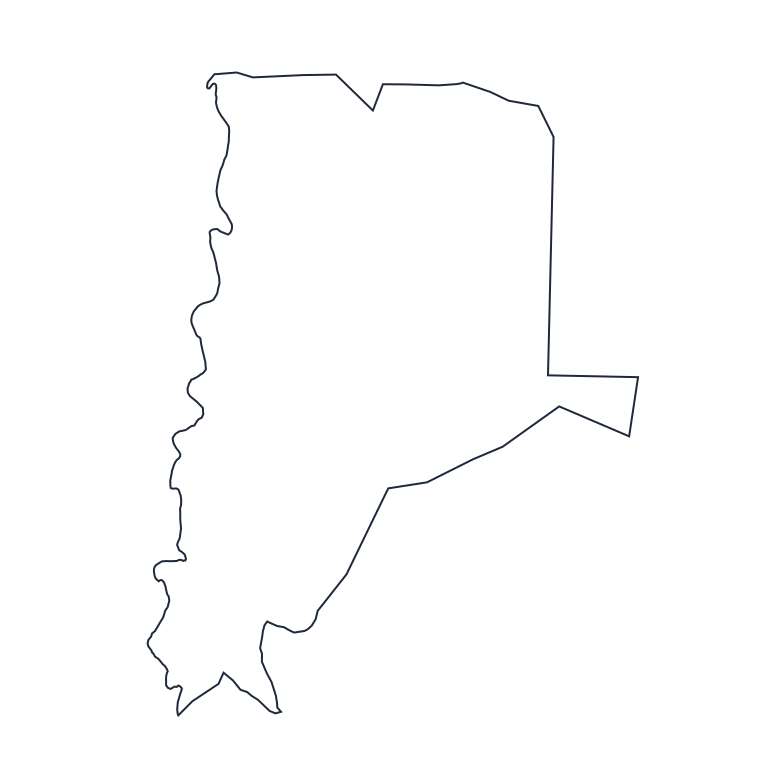 the district of San Baltazar Yatzachi el Bajo, Oaxaca, Mexico, rotated 176°
{"feature_id": "50627088B85859763420371", "entity_name": "San Baltazar Yatzachi el Bajo", "entity_type": "district", "adm_level": 2, "iso_a3": "MEX", "parent_name": "Mexico", "parent_adm1": "Oaxaca", "projection": "equal_earth", "projection_center": [-96.191, 17.225], "detail": "fine", "context": "isolated", "style": "outline", "palette": "slate", "viewbox_px": 768, "rotation_deg": 176, "n_neighbors": 0, "source": "geoboundaries", "source_scale": "gbopen_adm2", "svg_char_len": 4142}
<svg xmlns="http://www.w3.org/2000/svg" viewBox="0 0 768 768"><g transform="rotate(176 384 384)"><path d="M531.6,704.8L536.3,699.8L538.2,697.9L539.3,695.7L539.8,692.4L539.2,691.3L537.7,691.0L535.5,693.4L534.6,694.5L533.5,695.4L532.3,695.5L531.6,695.1L530.8,694.1L530.6,692.1L530.7,690.0L531.1,687.9L531.5,685.9L531.7,684.3L531.1,682.0L531.2,680.3L531.5,678.9L532.0,676.5L531.8,674.9L531.6,673.3L531.0,670.7L530.2,668.0L529.1,665.8L527.7,662.9L523.7,656.6L522.1,653.8L521.0,651.8L520.8,650.2L520.7,647.8L521.5,641.2L522.0,636.4L523.0,632.5L523.6,629.4L525.2,623.0L527.7,618.9L528.8,615.7L530.3,612.2L532.1,609.1L533.8,603.8L535.9,596.5L537.6,588.4L537.5,584.1L536.9,580.3L535.8,575.9L535.0,572.5L531.8,567.6L529.2,564.3L528.2,561.8L527.1,559.2L524.7,554.0L524.6,551.2L525.0,549.1L525.7,547.3L526.9,545.5L528.0,544.7L528.6,544.2L529.6,544.1L531.5,545.1L533.5,546.1L535.4,546.9L536.9,547.9L538.1,548.9L539.4,550.2L541.7,550.3L543.8,550.1L546.1,549.1L547.2,548.0L547.4,546.5L547.2,545.0L547.0,542.7L547.1,540.9L547.3,539.5L547.6,537.9L547.0,533.2L546.5,530.9L545.4,528.3L544.6,524.8L543.9,520.5L543.1,516.3L542.5,509.3L541.2,503.2L541.0,501.3L541.1,495.8L542.8,490.9L544.1,485.9L546.4,482.6L548.3,480.0L551.4,478.6L555.5,477.7L559.0,477.0L562.0,475.8L564.4,474.3L566.4,472.1L568.7,469.7L570.8,465.7L571.7,461.9L571.8,459.0L571.2,456.4L568.5,448.5L567.6,445.9L566.5,444.5L564.5,443.1L563.9,441.7L563.7,437.7L563.4,434.9L562.9,432.0L562.7,430.2L560.7,418.4L560.7,415.0L560.6,411.1L562.3,409.0L563.8,407.5L566.3,406.3L568.2,405.0L570.2,403.9L572.0,403.1L574.1,402.2L576.0,401.8L576.9,399.9L578.1,398.7L578.8,397.0L580.3,393.2L580.3,389.1L578.3,385.3L571.9,379.3L566.4,372.8L566.4,366.4L568.2,363.1L571.4,361.8L573.6,359.4L576.1,355.8L578.9,355.5L585.0,351.9L588.4,351.4L591.2,351.1L593.8,349.8L595.7,348.7L597.0,347.0L598.6,344.9L598.4,341.3L597.5,338.1L595.7,334.5L593.0,330.4L592.1,328.0L592.4,326.0L594.0,324.0L596.1,322.6L597.8,320.4L599.2,317.9L600.5,314.5L601.5,312.3L602.1,309.6L602.8,306.8L603.9,303.0L604.1,299.5L604.2,297.1L604.0,295.5L603.7,294.8L601.7,294.3L600.3,294.3L598.4,294.3L596.6,293.2L595.9,291.4L595.3,289.1L594.6,286.8L594.5,284.1L594.4,281.8L594.9,277.4L596.1,274.0L596.3,268.3L596.6,265.2L596.7,262.4L596.6,256.4L596.5,253.5L596.9,252.5L597.0,252.0L597.1,251.5L598.4,245.1L599.0,243.5L600.4,241.0L601.1,239.6L601.6,237.7L601.1,236.3L600.4,233.9L599.8,232.3L598.2,231.3L596.1,229.3L594.8,227.9L593.9,224.4L593.8,223.2L594.5,221.8L595.6,222.0L596.5,221.5L598.9,222.8L600.8,222.8L603.0,221.9L609.1,222.1L612.9,222.5L617.8,222.6L620.6,221.2L624.3,219.1L625.7,217.3L626.5,214.8L626.6,212.4L626.2,208.6L625.6,206.6L624.6,205.1L622.5,202.9L620.9,203.9L619.6,204.0L618.7,203.3L617.2,201.3L616.9,199.7L616.1,197.4L615.8,194.7L615.0,189.6L613.6,187.0L613.3,182.8L615.2,177.1L616.0,175.6L617.6,173.9L618.5,172.1L619.6,169.0L620.7,166.3L622.1,164.5L629.6,153.6L632.8,151.3L634.0,148.2L636.9,145.1L637.9,141.8L637.5,138.9L634.6,134.4L634.0,132.2L632.9,131.3L631.4,127.9L628.7,126.0L626.9,123.8L624.4,120.1L622.1,117.8L620.3,114.4L619.8,112.5L620.7,110.8L621.4,108.8L622.0,105.5L622.1,102.0L622.4,98.7L620.8,96.0L618.2,94.7L614.1,96.7L611.8,96.3L610.3,97.5L609.2,97.1L608.3,96.3L606.9,94.5L607.3,92.8L608.1,91.0L609.2,88.3L610.6,84.4L611.8,81.3L612.7,76.1L613.0,73.7L612.8,69.2L612.3,67.8L597.3,80.9L570.0,96.4L564.2,107.2L555.4,98.9L548.5,89.0L541.9,86.2L538.0,82.3L531.7,77.7L520.9,65.8L515.2,63.0L509.6,64.2L513.0,68.7L513.0,73.7L513.6,80.6L517.0,94.6L521.0,103.4L524.2,112.6L525.2,115.5L524.5,123.3L526.0,129.1L523.2,140.2L522.0,146.0L520.0,151.7L517.1,155.2L513.1,153.0L507.4,150.0L500.8,148.4L494.6,144.3L490.9,142.3L480.5,143.2L477.3,144.6L473.1,147.8L468.6,154.1L466.0,162.3L434.7,196.7L416.0,229.3L389.6,275.2L387.0,279.6L348.0,282.9L300.2,302.8L299.0,303.2L270.1,313.1L210.8,349.4L143.1,314.7L130.1,373.1L162.2,376.0L219.8,381.2L197.6,618.7L197.7,618.8L210.7,650.6L239.9,657.9L257.7,668.0L284.4,679.2L286.3,678.5L291.1,678.1L293.6,678.1L308.4,678.1L341.9,681.4L364.2,683.1L366.4,678.3L376.0,657.6L410.3,696.0L430.2,697.1L443.0,697.8L493.4,699.0L509.2,705.0L531.6,704.8Z" fill="none" stroke="#1e293b" stroke-width="2"/></g></svg>